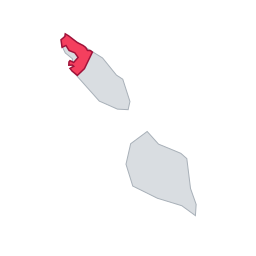 location of Atua within Samoa, rotated 212°
{"feature_id": "WSM-4987", "entity_name": "Atua", "entity_type": "state/province", "adm_level": 1, "iso_a3": "WSM", "parent_name": "Samoa", "parent_adm1": "", "projection": "mercator", "projection_center": [-171.556, -13.962], "detail": "fine", "context": "in_parent", "style": "filled", "palette": "rose", "viewbox_px": 256, "rotation_deg": 212, "n_neighbors": 0, "source": "natural_earth", "source_scale": "10m", "svg_char_len": 865}
<svg xmlns="http://www.w3.org/2000/svg" viewBox="0 0 256 256"><g transform="rotate(212 128 128)"><path d="M93.2,81.3L110.5,96.2L117.4,116.1L109.9,135.2L93.6,130.5L69.8,134.5L61.9,133.2L42.9,109.8L29.7,99.3L24.4,89.4L41.2,90.6L65.8,84.0L93.2,81.3ZM229.1,173.7L186.7,173.9L165.8,166.7L158.3,166.6L140.4,151.5L137.6,143.6L147.0,138.4L166.6,135.6L205.9,147.1L211.9,157.3L220.9,158.4L228.0,162.8L229.8,169.9L229.1,173.7Z" fill="#d9dde1" stroke="#a8b0b8" stroke-width="1"/><path d="M211.5,149.9L213.1,152.8L212.9,154.4L208.8,154.8L207.7,161.4L213.0,163.6L219.0,162.5L224.3,165.1L226.7,161.5L231.6,167.3L230.0,172.3L230.4,172.9L231.1,174.6L227.2,174.7L216.3,173.6L209.7,174.2L206.7,173.9L203.5,172.3L201.0,173.7L198.4,173.5L196.4,155.2L198.8,145.8L205.5,146.6L208.8,147.8L206.7,151.6L208.4,151.9L211.5,149.9Z" fill="#f43f5e" stroke="#9f1239" stroke-width="1.5"/></g></svg>